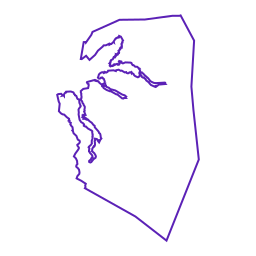 Narvik nor, Nordland, Norway (Albers equal-area conic projection)
{"feature_id": "86288312B24861070458091", "entity_name": "Narvik nor", "entity_type": "district", "adm_level": 2, "iso_a3": "NOR", "parent_name": "Norway", "parent_adm1": "Nordland", "projection": "albers", "projection_center": [17.424, 68.289], "detail": "fine", "context": "isolated", "style": "outline", "palette": "violet", "viewbox_px": 256, "rotation_deg": 0, "n_neighbors": 0, "source": "geoboundaries", "source_scale": "gbopen_adm2", "svg_char_len": 5537}
<svg xmlns="http://www.w3.org/2000/svg" viewBox="0 0 256 256"><path d="M180.6,15.4L179.5,15.8L172.4,15.8L145.0,19.5L119.5,19.8L92.5,31.9L91.3,34.9L85.8,42.7L85.5,42.0L83.7,42.1L80.8,59.0L81.7,59.1L86.1,55.8L89.5,59.9L95.1,54.9L97.9,50.7L102.8,46.5L103.6,45.4L105.9,45.3L109.3,43.7L109.5,44.1L109.2,44.4L109.3,44.8L109.8,44.5L109.7,44.2L109.7,43.8L111.3,44.0L113.6,41.8L113.8,42.0L113.7,41.5L115.4,38.8L116.2,38.1L116.5,38.3L117.7,37.3L118.8,37.6L119.0,37.4L118.5,37.5L118.7,37.0L119.1,37.2L118.8,36.8L119.1,35.9L120.4,36.5L121.0,36.9L123.0,40.5L122.6,40.8L122.5,42.4L122.1,42.4L121.8,43.6L121.5,43.8L121.5,44.7L121.8,44.8L121.9,47.0L121.0,47.7L120.6,47.5L120.4,47.9L120.8,48.1L120.3,48.3L120.5,48.6L120.3,49.2L119.9,49.0L119.3,49.8L118.9,51.1L118.6,51.1L118.9,52.0L118.9,52.3L118.1,53.0L119.0,52.9L118.8,53.9L118.8,53.5L118.3,53.5L117.7,54.0L117.9,54.3L117.6,54.7L116.6,54.4L116.8,54.7L116.0,55.4L115.5,55.1L115.4,55.3L115.6,55.5L114.6,56.4L115.8,56.1L114.8,57.5L113.7,57.1L112.8,59.3L111.2,60.0L111.1,60.5L110.8,60.5L110.4,61.2L110.5,62.3L109.9,62.7L110.1,63.3L109.7,63.5L110.0,63.7L109.9,64.2L110.1,64.5L109.7,65.7L110.4,66.4L111.8,65.7L112.1,66.1L112.8,66.0L113.7,64.5L114.5,64.3L114.6,65.0L116.9,63.9L117.3,63.9L117.7,64.6L118.5,64.2L118.7,64.7L119.1,64.6L119.6,63.7L119.7,62.9L118.8,61.7L119.2,61.0L120.1,61.4L120.8,61.3L121.4,61.6L121.2,62.6L122.9,63.4L125.3,62.4L130.6,62.6L131.4,62.9L131.5,63.4L132.6,65.1L133.5,65.1L135.2,66.7L137.2,66.8L138.8,68.2L138.5,68.2L139.0,68.4L138.8,68.6L139.8,70.0L140.1,70.9L139.3,72.9L139.3,73.3L139.5,73.8L140.8,72.3L141.8,72.4L141.9,72.9L143.4,73.6L143.9,74.5L148.1,78.2L150.3,81.0L151.5,81.8L153.9,82.9L156.0,83.1L164.9,82.6L165.2,82.8L165.3,83.6L165.1,83.7L165.4,84.0L158.7,84.6L157.6,85.6L156.1,85.8L156.5,86.4L155.7,87.0L154.7,86.7L151.0,85.0L149.3,83.2L149.0,82.5L146.2,80.4L145.5,78.9L145.1,78.9L143.8,77.4L143.2,77.7L141.7,76.8L141.4,76.3L141.5,75.6L140.6,74.8L139.9,75.1L138.9,76.8L137.9,77.3L135.3,76.2L134.2,75.3L133.4,73.8L132.2,73.3L131.8,72.6L131.5,73.3L130.8,72.2L129.4,72.4L128.6,73.2L127.6,73.3L126.6,72.9L126.2,72.1L124.7,72.4L121.7,70.6L120.6,70.8L118.7,69.7L116.2,70.2L115.9,71.1L113.5,70.3L108.1,70.7L107.6,71.8L106.5,72.5L105.6,72.1L105.1,72.5L104.4,72.0L104.2,72.4L104.4,72.0L104.9,72.4L103.8,73.1L102.8,72.2L101.5,72.4L99.9,73.4L98.9,74.5L98.3,76.7L97.9,77.5L98.6,78.5L99.8,78.6L101.7,77.6L101.8,77.8L102.2,78.2L101.7,77.6L102.3,77.5L103.5,78.7L103.3,78.8L103.5,79.0L103.3,79.4L103.5,79.0L103.9,79.2L104.7,81.3L104.7,82.2L104.3,83.5L102.6,84.1L102.7,85.2L103.7,86.0L104.7,85.9L105.2,85.2L105.2,85.9L105.5,86.0L105.7,85.4L106.0,85.5L106.0,86.2L106.4,86.8L108.9,87.8L110.3,89.1L115.4,90.5L122.3,94.6L124.7,95.3L126.2,96.6L125.2,97.5L125.7,98.0L123.7,98.1L123.4,98.5L122.2,98.4L117.9,94.9L117.5,94.3L116.4,94.4L111.1,91.4L111.0,90.9L110.0,91.3L106.7,90.0L103.7,88.1L103.4,87.6L103.5,87.1L102.1,86.3L102.1,85.6L101.5,84.5L99.3,82.7L98.5,81.5L95.3,80.8L95.2,80.5L95.5,80.3L95.1,80.6L94.6,80.2L95.4,80.1L94.9,79.9L87.1,82.0L86.9,82.4L87.6,83.7L88.6,84.1L88.7,85.3L88.1,88.1L83.3,88.9L80.8,91.1L80.9,91.4L80.8,92.4L81.4,93.9L81.2,94.7L81.6,97.1L81.3,97.8L81.4,98.2L80.7,99.4L82.2,101.5L82.5,103.0L83.3,103.8L83.8,105.2L84.7,106.5L84.8,107.1L84.7,108.3L84.4,109.5L84.7,110.8L84.1,111.4L85.5,114.9L84.0,114.9L84.4,115.4L84.2,115.6L84.6,115.7L84.4,115.9L82.6,115.6L82.7,116.4L82.5,116.9L82.8,117.4L82.6,117.5L83.8,118.5L84.3,118.4L84.2,117.9L84.4,117.9L85.3,117.9L85.5,118.0L84.7,118.7L85.5,118.6L85.7,118.9L85.4,119.1L87.0,119.8L87.4,119.8L87.5,119.3L87.9,119.5L89.5,121.2L91.7,122.7L93.4,124.9L94.4,125.6L94.7,125.9L94.7,126.9L94.8,127.3L98.6,131.6L99.1,133.0L100.1,133.7L100.5,135.1L100.8,137.6L101.4,138.5L100.3,139.8L99.1,142.4L98.0,141.0L98.5,140.1L97.6,140.1L96.8,139.0L95.0,138.7L95.1,140.4L94.7,140.8L94.6,141.2L94.9,142.3L95.0,144.8L94.4,146.4L93.9,146.8L93.6,146.5L92.4,148.5L92.2,149.2L92.2,150.8L91.9,151.1L94.3,153.2L95.6,155.4L95.9,156.5L95.5,157.8L93.5,159.2L91.3,162.1L90.3,162.5L89.2,162.0L89.1,161.5L89.2,160.8L90.8,159.5L91.5,158.0L92.6,157.7L92.7,157.3L92.3,157.0L92.3,155.7L91.7,154.7L89.9,152.8L89.6,151.9L89.0,151.5L89.0,150.1L89.4,148.7L89.1,147.9L88.6,147.5L88.8,146.8L91.1,144.7L91.9,143.3L91.7,142.6L91.8,142.4L91.7,140.9L92.5,138.7L92.6,138.0L92.4,137.1L92.6,136.8L92.4,136.6L92.7,135.3L92.5,134.7L92.7,134.4L92.2,132.7L92.3,131.3L91.8,130.7L87.9,128.5L85.9,126.5L85.4,126.6L83.8,125.8L83.8,125.1L84.1,124.8L84.1,124.4L82.9,123.1L81.2,122.2L79.6,119.8L78.6,114.4L78.8,112.5L78.5,109.7L78.9,108.7L80.6,106.5L80.7,106.0L80.4,105.8L80.2,104.6L79.4,102.9L79.5,102.2L79.3,102.0L79.2,99.4L77.8,99.1L77.3,98.6L76.3,95.9L75.0,95.3L74.9,94.6L74.0,93.9L73.7,92.8L73.4,92.4L70.8,91.5L66.0,91.7L65.8,92.0L66.1,92.1L66.1,92.5L64.9,93.0L63.6,95.0L64.0,95.7L64.0,95.9L63.6,95.4L62.7,95.6L62.8,95.5L61.2,93.8L58.2,94.1L57.2,94.8L58.7,101.5L59.7,103.7L58.9,111.2L61.0,113.4L62.5,114.3L64.2,114.6L66.8,117.2L69.1,118.8L69.2,119.1L68.6,120.6L69.5,120.8L69.3,121.9L70.8,122.8L70.3,124.1L70.7,124.4L70.8,125.3L72.5,127.2L72.9,130.0L72.3,130.5L73.0,131.3L73.6,133.3L76.4,135.9L77.8,139.6L79.5,140.6L79.8,141.5L79.8,142.2L79.1,143.4L77.3,144.8L77.4,145.6L78.8,147.5L78.9,147.9L78.8,148.5L78.0,149.9L75.3,153.6L73.9,156.4L75.9,158.4L77.1,161.0L77.2,163.1L77.4,163.6L77.4,164.1L76.5,165.1L76.2,166.3L76.6,167.2L77.6,167.8L79.0,169.6L79.4,171.7L79.5,172.6L79.3,173.9L77.4,176.1L76.6,178.4L81.3,180.8L85.8,183.8L85.2,185.4L85.5,187.2L84.9,188.2L135.4,216.5L166.5,240.6L198.8,159.5L193.4,109.6L191.4,86.6L194.1,40.6L180.6,15.4Z" fill="none" stroke="#5b21b6" stroke-width="2"/></svg>